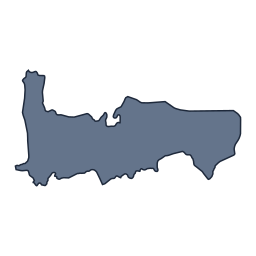 outline of Hamah
{"feature_id": "SYR-138", "entity_name": "Hamah", "entity_type": "Province", "adm_level": 1, "iso_a3": "SYR", "parent_name": "Syria", "parent_adm1": "", "projection": "albers", "projection_center": [37.023, 35.303], "detail": "fine", "context": "isolated", "style": "filled", "palette": "slate", "viewbox_px": 256, "rotation_deg": 0, "n_neighbors": 0, "source": "natural_earth", "source_scale": "10m", "svg_char_len": 5801}
<svg xmlns="http://www.w3.org/2000/svg" viewBox="0 0 256 256"><path d="M127.8,96.6L136.6,99.7L140.3,102.2L141.2,102.6L142.0,102.8L148.0,102.9L165.1,101.6L174.0,107.8L175.8,108.6L180.4,109.9L189.2,111.1L233.4,110.6L237.6,113.6L238.8,114.9L240.5,117.3L240.6,119.5L240.5,133.7L240.0,135.8L239.0,138.5L238.0,140.3L235.5,144.1L235.1,145.0L234.6,146.4L234.4,147.4L234.2,148.5L234.2,149.6L234.8,153.8L234.5,154.4L233.8,155.1L220.1,161.4L218.4,162.7L215.6,165.4L215.1,166.0L215.0,167.3L214.9,167.6L214.7,167.9L214.1,168.8L213.5,170.3L212.9,171.4L212.8,171.7L212.9,173.0L212.9,173.6L212.8,174.1L212.6,174.7L212.5,174.9L212.2,175.5L212.1,176.0L211.9,176.4L211.8,176.6L209.9,178.7L208.9,179.2L208.6,179.3L208.3,179.3L207.7,178.7L203.6,173.5L202.7,172.1L202.0,171.3L196.0,166.5L195.5,166.2L194.6,165.4L194.2,164.9L194.0,164.5L193.7,162.8L193.6,161.5L193.4,160.7L192.9,158.9L192.7,158.6L192.0,157.8L191.5,156.6L191.2,156.1L190.7,155.4L190.0,154.9L189.5,154.8L187.4,154.8L186.9,154.7L186.5,154.6L186.1,154.4L185.6,154.0L184.4,152.6L183.7,152.0L183.0,151.6L182.8,151.5L182.5,151.5L182.1,151.5L173.5,153.6L168.6,155.3L167.2,155.6L166.8,155.7L165.8,155.6L165.3,155.8L164.6,156.2L161.3,158.5L159.3,159.6L158.6,160.1L158.0,160.7L157.6,161.7L157.4,162.2L157.2,163.9L157.2,167.2L157.3,167.7L157.8,169.3L157.9,169.7L157.9,170.0L157.9,170.3L157.8,170.7L157.6,171.0L157.2,171.4L156.9,171.4L156.5,171.4L155.7,171.3L155.0,170.9L154.6,170.5L153.7,168.8L153.4,168.5L152.9,168.4L152.4,168.3L151.2,168.4L150.4,168.2L149.8,168.3L148.5,168.5L147.9,168.5L147.5,168.6L147.0,168.8L146.0,169.4L145.4,169.7L144.7,169.9L143.7,169.8L143.0,169.6L141.9,168.9L141.5,168.7L141.2,168.8L140.8,169.1L140.3,169.8L140.1,170.2L140.0,170.6L140.0,171.1L139.8,171.2L139.5,171.3L137.9,170.9L136.7,170.9L136.5,171.0L136.2,171.1L135.9,171.3L135.6,171.8L135.5,172.1L135.2,173.2L135.1,173.3L134.2,174.2L134.1,174.4L134.0,174.6L133.9,174.8L133.5,176.4L133.2,177.0L132.6,177.8L131.9,178.3L131.6,178.4L131.2,178.4L129.9,178.1L129.0,177.6L128.7,177.4L128.3,177.0L127.9,176.2L127.5,175.1L127.4,174.9L126.9,174.5L126.2,174.1L125.8,173.9L125.0,173.9L124.4,174.1L122.0,175.8L121.3,176.3L121.0,176.8L120.8,177.5L120.7,177.7L119.6,177.3L118.8,176.9L118.3,176.6L117.7,176.2L117.3,176.1L116.5,176.0L116.2,176.2L115.8,176.5L114.7,178.0L114.4,178.2L113.9,178.4L112.1,178.5L111.2,178.8L110.5,179.2L105.3,183.4L104.7,183.8L102.5,184.5L99.9,178.7L96.7,172.1L96.1,171.4L94.6,170.1L93.3,169.7L92.2,169.6L91.5,169.7L90.9,169.9L89.3,171.0L88.9,171.2L88.4,171.2L87.4,171.2L86.8,171.4L86.2,171.6L84.8,172.9L84.4,173.1L81.1,173.3L80.6,173.2L79.7,173.2L78.8,173.5L78.4,173.5L78.1,173.4L77.0,173.7L68.7,177.9L63.6,177.7L61.3,178.2L60.0,179.0L59.4,179.2L58.9,179.2L58.3,179.0L57.4,178.6L57.0,178.3L56.8,178.0L56.8,177.1L56.7,176.9L56.6,176.7L56.3,176.5L55.8,176.4L55.1,176.3L54.9,176.2L54.7,176.1L54.7,175.6L54.8,175.4L54.8,175.2L55.4,174.3L55.6,173.8L55.6,173.6L55.5,173.4L55.3,173.0L54.8,172.7L54.4,172.5L53.6,172.5L52.7,172.7L52.2,173.0L51.4,174.1L50.5,175.5L48.0,178.4L47.9,179.4L48.0,180.2L47.9,180.5L47.7,180.9L47.2,181.6L47.0,182.0L46.9,182.4L46.8,183.5L46.8,183.8L46.6,184.0L45.8,184.9L45.6,185.3L45.1,185.5L44.7,185.5L41.5,184.8L40.8,183.5L40.5,183.3L40.1,183.1L39.3,183.1L39.0,183.2L38.7,183.3L38.4,183.6L37.2,185.3L36.9,185.6L36.5,185.7L36.1,185.4L35.6,184.9L34.6,183.5L34.2,183.0L33.9,182.7L33.7,182.6L33.2,182.5L33.2,182.3L33.3,181.9L33.9,181.1L34.4,180.7L34.3,180.3L33.7,179.2L33.3,178.3L32.8,177.7L30.1,175.7L29.7,175.3L29.5,175.0L29.2,174.2L28.8,172.4L28.2,170.8L27.6,170.5L26.6,170.3L22.6,170.7L20.9,170.6L16.1,169.6L15.4,166.1L16.5,165.5L17.5,165.4L18.5,165.6L18.9,165.7L19.3,165.6L19.7,165.3L20.3,164.8L20.7,164.7L21.1,164.5L22.1,164.4L22.5,164.2L23.1,163.8L23.6,163.6L25.0,163.5L25.4,163.3L26.2,162.4L26.5,162.1L27.2,161.6L27.6,161.1L27.9,160.4L28.8,157.5L28.8,155.5L27.7,140.5L27.7,138.1L27.5,133.1L24.9,120.2L23.2,115.3L22.6,112.8L22.5,112.4L24.6,98.3L25.1,89.9L24.8,85.9L24.6,84.4L24.3,83.6L24.0,82.9L22.8,81.2L22.6,80.8L22.6,80.3L23.0,79.6L24.0,78.5L25.6,77.4L25.9,76.9L26.1,76.1L26.3,72.9L26.7,71.8L28.4,70.3L28.9,71.2L29.1,71.5L30.0,72.1L30.7,72.4L31.5,72.5L32.9,72.4L34.1,71.9L34.9,71.6L35.3,71.5L35.7,71.5L36.2,71.6L36.5,72.0L37.1,72.7L37.6,73.8L37.8,74.6L38.0,75.0L39.4,75.5L43.9,75.6L44.6,76.1L44.8,77.7L44.1,83.3L42.6,90.2L42.4,92.4L43.2,101.0L43.0,101.7L42.8,102.2L42.6,102.5L42.5,103.0L44.7,108.1L45.2,110.3L45.9,111.1L48.1,111.7L51.7,110.0L52.2,109.9L52.9,110.1L54.7,111.1L55.0,111.3L55.3,111.6L55.7,112.4L55.9,113.2L56.3,114.0L56.6,114.3L56.9,114.6L57.3,114.7L57.8,114.9L58.9,114.9L60.9,114.8L61.9,115.0L68.8,116.9L74.2,117.1L86.7,113.7L87.6,113.7L88.1,113.9L88.5,114.1L91.6,116.9L92.0,117.6L92.1,118.0L92.5,118.8L92.8,119.1L93.2,119.3L94.3,120.0L94.5,120.3L94.7,120.7L95.0,121.0L95.4,121.2L96.1,121.2L97.1,121.0L97.9,120.9L98.6,120.7L99.2,120.2L101.0,117.4L103.3,115.2L103.6,114.7L104.5,113.1L104.8,112.8L105.1,112.6L105.6,112.7L106.0,113.0L106.2,113.3L106.6,114.1L106.8,114.5L106.8,114.9L106.9,115.9L106.8,117.0L106.7,117.5L105.7,119.6L105.6,120.1L105.6,121.1L106.0,122.9L106.0,123.3L106.1,124.9L106.2,125.3L106.4,125.7L106.7,126.0L107.1,126.2L107.5,126.4L108.0,126.5L109.0,126.5L111.3,126.2L113.5,126.3L114.0,126.2L114.6,126.0L115.0,125.7L115.4,125.4L116.2,124.0L116.8,123.2L117.5,122.7L117.9,122.6L118.3,122.5L118.8,122.5L119.6,122.8L120.0,122.8L120.1,122.4L120.2,117.1L120.1,116.2L119.9,115.7L119.7,115.4L119.4,115.1L119.1,114.9L118.7,114.8L118.3,114.9L117.9,115.1L117.4,115.8L116.8,117.0L116.6,117.3L116.3,117.6L115.9,117.9L115.5,118.0L115.0,118.0L114.5,118.0L114.1,117.8L113.7,117.5L113.5,117.2L113.3,116.8L113.3,116.3L113.4,115.8L113.6,114.9L115.6,110.5L116.2,109.6L116.7,109.0L118.1,108.2L120.2,107.2L121.0,106.8L121.6,105.9L124.1,101.4L125.2,98.7L125.6,98.1L125.8,97.7L127.8,96.6Z" fill="#64748b" stroke="#1e293b" stroke-width="1.5"/></svg>